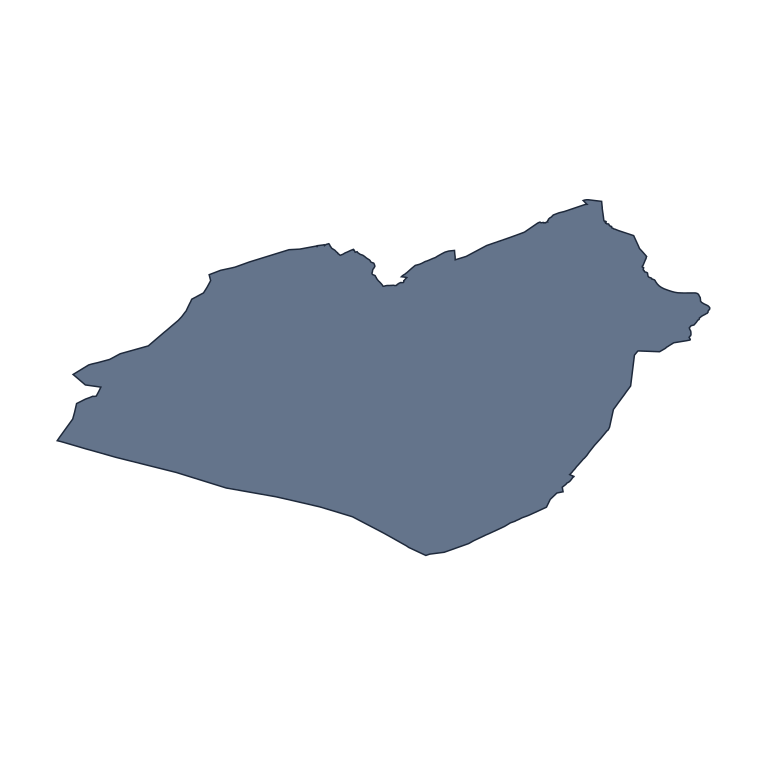 Nes nor, Buskerud, Norway (Natural Earth projection), rotated 357°
{"feature_id": "86288312B23608976115217", "entity_name": "Nes nor", "entity_type": "district", "adm_level": 2, "iso_a3": "NOR", "parent_name": "Norway", "parent_adm1": "Buskerud", "projection": "natural_earth1", "projection_center": [9.142, 60.547], "detail": "fine", "context": "isolated", "style": "filled", "palette": "slate", "viewbox_px": 768, "rotation_deg": 357, "n_neighbors": 0, "source": "geoboundaries", "source_scale": "gbopen_adm2", "svg_char_len": 6074}
<svg xmlns="http://www.w3.org/2000/svg" viewBox="0 0 768 768"><g transform="rotate(357 384 384)"><path d="M691.9,356.1L692.1,355.7L692.2,355.3L691.7,354.7L691.6,354.1L691.1,353.6L691.3,353.1L691.8,352.4L692.7,351.9L693.1,350.9L693.2,349.9L693.1,349.3L693.2,348.8L693.1,347.3L692.7,346.3L692.1,345.4L692.1,344.7L691.8,344.1L691.9,343.7L692.7,343.0L693.6,342.0L693.9,341.8L695.7,341.5L696.4,341.3L696.8,341.2L698.0,339.9L699.1,338.8L700.1,337.5L700.7,336.7L701.6,336.3L702.0,336.0L702.3,335.5L702.4,334.6L703.8,333.7L704.6,333.0L705.1,332.8L706.4,332.1L708.1,331.4L709.7,330.5L710.3,330.4L710.7,330.0L711.1,329.5L711.4,329.2L711.4,328.2L712.5,326.9L712.9,326.7L713.1,326.3L713.3,325.5L713.3,324.9L712.6,323.9L711.6,322.8L710.0,321.9L707.9,320.8L705.4,319.1L704.9,318.4L704.4,317.7L704.5,317.0L704.3,314.2L703.2,312.1L702.9,311.2L702.2,310.4L701.2,309.8L699.8,309.4L698.5,309.3L687.9,308.8L682.3,308.3L679.1,307.6L676.3,306.7L672.9,305.4L668.7,303.6L666.1,302.1L664.0,300.5L662.2,298.5L660.5,295.8L660.1,294.8L659.8,294.5L659.4,294.1L658.6,293.7L657.2,293.3L656.9,293.1L657.0,292.8L656.6,292.3L656.1,292.0L654.5,291.4L653.8,290.9L653.6,290.6L653.3,290.1L653.0,287.8L653.0,287.1L652.9,286.9L652.7,286.7L652.1,286.3L650.7,285.8L650.2,285.6L650.0,285.4L649.8,285.0L649.7,284.4L649.6,284.2L649.0,283.9L648.9,283.4L648.8,282.9L648.9,282.6L649.1,282.4L649.1,282.2L649.3,281.8L649.4,281.4L649.2,281.2L648.3,280.9L648.0,280.6L648.1,280.2L648.2,279.8L648.4,279.5L648.7,279.3L648.9,279.1L651.7,273.3L652.1,272.8L652.2,272.2L652.5,271.8L652.6,270.8L652.9,270.5L652.8,270.4L652.5,269.8L649.1,265.5L646.2,262.0L645.4,259.7L641.1,248.9L626.3,243.1L622.6,241.4L621.7,241.2L620.7,240.4L619.7,240.0L619.6,239.8L619.5,239.5L619.6,238.8L619.5,238.6L619.3,238.5L618.6,238.5L618.0,238.1L617.9,237.8L617.1,237.1L617.0,236.4L616.6,235.9L614.8,235.7L614.1,235.1L613.7,235.0L613.6,234.5L613.5,234.3L613.8,234.2L614.0,233.9L614.3,233.9L614.4,233.7L614.3,233.4L613.6,233.0L613.1,233.2L612.6,233.0L612.6,232.8L612.5,232.7L612.4,232.5L612.2,232.3L612.1,232.0L611.9,229.2L611.8,227.7L611.7,227.1L611.6,225.1L611.5,224.5L611.4,223.4L611.1,219.9L611.2,219.0L611.1,217.9L610.9,213.0L597.7,210.7L596.1,210.6L594.0,210.8L592.5,211.2L596.1,215.2L594.9,215.2L593.7,215.4L573.0,221.2L567.7,222.2L561.8,224.1L561.5,224.5L560.9,225.0L560.5,225.3L560.2,225.8L558.3,226.8L557.0,227.9L556.6,228.5L556.5,229.2L556.0,229.5L555.5,230.4L555.7,230.7L555.0,230.7L554.8,230.9L554.3,231.1L554.2,231.3L553.8,231.5L553.5,231.3L553.1,231.5L552.8,231.4L552.0,231.5L551.9,231.1L551.5,231.0L549.9,231.2L549.3,231.2L548.6,230.9L548.5,230.6L548.2,230.5L546.3,231.1L546.0,231.3L545.9,231.5L545.6,231.5L532.2,239.7L518.3,244.0L493.7,251.1L472.7,260.9L461.6,263.7L461.7,260.5L461.5,258.0L461.4,254.3L455.7,254.6L451.8,255.5L448.7,256.9L444.0,259.2L441.9,260.4L439.3,261.2L435.9,262.5L433.3,263.4L431.6,263.8L428.4,265.3L425.7,266.3L421.4,267.2L417.6,270.0L412.4,274.2L411.5,274.7L411.0,275.1L410.6,275.5L409.6,275.9L408.0,276.9L407.0,277.8L410.9,278.5L412.3,278.9L412.2,279.0L411.4,279.7L409.5,281.7L409.1,281.9L409.1,282.2L409.2,282.9L409.1,283.1L408.7,283.6L408.4,283.7L407.2,283.7L406.8,283.6L406.4,283.6L406.2,283.5L405.5,283.7L405.1,283.9L404.6,284.0L404.2,284.2L403.9,284.5L403.4,284.8L402.7,285.0L402.4,285.5L401.8,285.8L401.6,286.2L401.4,286.2L400.1,286.3L399.6,286.2L398.9,285.9L398.2,285.9L397.4,285.9L396.8,285.9L396.3,286.0L396.1,285.9L394.1,285.9L391.9,285.8L390.7,286.0L390.3,286.0L389.7,286.3L388.2,286.4L387.6,285.2L386.5,283.7L384.9,281.8L383.9,280.8L382.7,279.2L382.5,278.7L382.1,278.3L381.8,277.2L381.1,276.2L381.0,275.9L381.0,275.6L380.8,275.4L380.5,275.1L378.7,274.3L378.3,274.0L377.9,273.4L377.8,272.9L377.8,272.5L378.2,271.7L378.8,269.1L378.9,268.9L379.8,268.1L380.1,267.4L380.9,266.4L381.1,265.7L380.8,265.0L380.7,264.2L380.6,263.9L380.0,262.7L378.6,262.2L377.2,261.4L376.9,260.9L376.7,260.3L376.5,259.9L375.8,259.2L373.1,257.3L371.3,255.6L369.6,254.3L368.9,254.0L367.1,253.3L366.4,252.8L364.7,251.5L364.1,250.5L362.1,250.9L361.6,249.6L361.3,249.3L361.1,248.7L360.5,248.8L360.0,248.6L360.4,248.7L360.9,248.5L360.9,248.3L360.5,247.9L357.6,248.9L354.2,250.3L352.1,251.0L349.9,252.2L347.0,253.2L345.4,251.7L344.8,251.4L344.7,251.2L344.7,250.8L344.6,250.6L343.3,249.5L342.1,248.0L340.8,247.0L340.4,246.9L340.1,246.5L339.3,246.0L339.0,245.8L338.4,244.9L338.2,244.4L337.6,243.7L337.2,242.6L336.7,241.7L336.6,241.4L336.2,241.0L333.5,241.6L331.8,242.7L331.6,241.8L330.0,242.0L324.5,242.4L324.5,243.2L324.4,243.3L324.1,243.2L323.7,242.9L323.6,242.7L306.8,244.9L296.2,244.9L255.9,255.1L241.0,259.6L240.6,259.6L238.6,260.0L226.8,261.9L215.1,265.7L216.3,271.7L212.4,278.1L208.5,283.6L196.4,289.3L195.0,292.1L194.4,293.0L192.4,296.6L190.1,300.9L189.1,301.9L185.6,306.1L181.9,309.7L175.7,314.4L170.0,318.8L167.0,321.0L150.6,333.6L122.1,340.0L111.3,345.1L99.2,347.7L93.5,348.7L90.1,349.5L84.9,352.3L74.0,358.2L85.7,369.3L101.1,372.3L98.8,376.4L96.1,380.9L95.8,381.1L95.2,381.1L94.8,381.2L94.2,381.2L93.7,381.2L92.5,381.0L89.5,382.1L85.2,383.4L76.0,387.4L73.5,396.1L71.3,402.7L57.2,420.2L54.7,423.5L58.4,424.6L75.3,430.5L82.9,433.2L88.7,435.1L112.4,443.2L172.0,461.5L221.0,479.6L270.3,491.0L279.5,493.6L313.6,503.4L345.5,514.9L376.4,533.2L397.9,546.8L400.1,548.5L416.8,557.4L420.7,556.3L435.3,555.2L460.2,547.8L465.4,545.2L477.8,540.1L480.6,539.1L497.0,532.5L501.3,530.2L502.9,529.3L507.7,527.9L508.6,527.4L511.8,526.2L514.6,524.9L520.5,523.1L522.2,522.5L539.8,515.5L544.0,507.9L550.4,502.4L551.0,501.9L557.2,501.0L556.6,496.4L560.2,493.9L561.0,493.1L561.6,492.4L562.7,492.0L563.9,491.3L565.1,490.3L567.6,487.3L568.3,486.8L567.9,486.6L568.6,486.1L564.7,484.2L567.2,481.9L568.4,480.5L570.1,478.9L572.0,476.6L573.6,475.1L577.6,471.0L579.3,469.2L580.0,468.8L582.8,466.0L585.2,462.9L591.0,456.3L597.6,449.7L604.1,442.6L605.5,441.6L607.0,438.9L611.8,421.4L615.3,417.2L615.8,416.5L622.3,408.6L623.4,407.3L625.0,405.2L630.2,398.9L635.6,368.3L638.9,364.7L639.3,364.4L639.9,364.3L660.9,366.2L667.1,363.0L668.0,362.1L669.3,361.5L670.4,360.8L675.5,358.0L688.4,356.6L691.9,356.1Z" fill="#64748b" stroke="#1e293b" stroke-width="1.5"/></g></svg>